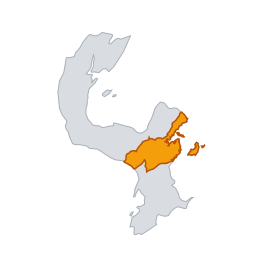 Veraguas on a map of Panama (Equal Earth projection), rotated 236°
{"feature_id": "PAN-1341", "entity_name": "Veraguas", "entity_type": "Province", "adm_level": 1, "iso_a3": "PAN", "parent_name": "Panama", "parent_adm1": "", "projection": "equal_earth", "projection_center": [-81.249, 8.046], "detail": "fine", "context": "in_parent", "style": "filled", "palette": "amber", "viewbox_px": 256, "rotation_deg": 236, "n_neighbors": 0, "source": "natural_earth", "source_scale": "10m", "svg_char_len": 8346}
<svg xmlns="http://www.w3.org/2000/svg" viewBox="0 0 256 256"><g transform="rotate(236 128 128)"><path d="M220.8,116.2L220.2,116.9L218.3,120.5L217.3,123.5L219.8,126.8L220.5,130.2L221.9,134.0L224.0,137.8L226.4,144.8L227.0,147.6L226.3,149.4L224.1,150.5L221.9,153.8L221.4,157.8L221.8,159.8L215.4,166.2L213.8,167.2L212.7,166.2L211.3,163.0L209.7,160.4L208.8,159.5L208.3,159.5L207.8,160.1L207.6,161.5L208.5,167.5L207.8,169.9L205.6,171.8L203.1,181.6L202.2,180.3L194.0,167.2L186.9,150.9L185.4,143.5L187.2,143.1L189.0,143.3L189.9,142.1L191.0,140.0L190.1,135.0L193.5,131.2L194.8,128.7L195.8,129.0L198.0,133.3L201.3,135.8L205.3,139.4L207.8,140.2L204.7,136.4L199.2,131.4L197.7,128.2L196.3,123.6L194.1,125.6L193.2,127.2L192.1,128.2L191.1,127.1L190.9,125.6L187.7,125.3L186.9,124.0L186.1,123.2L186.5,126.1L187.1,127.8L186.8,129.9L185.7,130.1L184.8,127.9L183.7,125.9L182.2,117.6L178.5,113.7L176.9,112.4L175.5,111.9L173.5,109.3L170.8,107.8L167.2,103.7L162.7,100.8L157.3,99.7L150.7,100.4L148.4,102.0L146.9,104.1L146.2,105.0L142.3,107.4L140.9,110.9L139.9,113.8L138.0,117.1L140.2,119.1L127.5,130.3L125.0,132.0L119.2,133.1L117.9,134.3L116.2,136.5L116.0,139.9L116.2,142.8L117.9,145.0L119.4,146.4L122.9,153.1L129.2,161.6L130.4,164.6L131.4,169.2L129.5,171.3L128.0,172.2L122.0,172.6L120.0,174.4L119.1,177.2L116.9,179.5L109.2,181.7L103.1,182.0L101.2,179.4L100.7,172.1L96.6,159.5L95.7,150.9L94.6,152.0L92.5,153.0L91.7,155.1L91.2,161.5L90.4,163.7L88.7,163.5L85.3,161.2L80.7,159.1L74.9,145.6L74.2,143.1L73.1,140.0L68.6,138.8L64.8,136.5L60.6,136.1L58.4,137.4L56.3,135.8L55.9,132.1L51.5,133.8L45.8,133.2L40.8,131.6L37.4,132.4L34.5,135.1L34.9,141.8L34.0,143.1L33.9,140.4L32.9,137.2L31.7,134.6L29.1,131.9L29.0,130.9L30.0,129.5L34.6,125.6L35.2,124.0L35.3,120.5L34.8,117.3L32.8,112.5L34.0,109.5L36.3,107.1L38.8,105.3L39.2,104.5L38.8,102.8L37.3,101.1L34.0,98.1L32.0,97.9L31.9,89.3L32.1,80.1L32.6,79.2L33.8,78.7L34.8,77.3L35.3,74.6L36.8,73.6L39.4,75.7L42.1,77.5L43.2,76.9L44.0,76.0L44.6,75.1L44.8,74.3L47.0,76.7L51.3,81.1L51.6,83.2L51.2,85.2L52.4,91.1L54.7,91.9L57.0,90.8L57.5,91.9L57.1,93.0L55.9,94.2L55.6,99.2L59.4,101.5L61.3,103.6L67.5,102.6L69.8,103.2L71.3,102.6L69.6,98.5L67.3,95.6L67.5,94.2L69.2,95.2L70.6,97.2L73.7,99.8L79.3,108.5L85.8,110.6L90.9,110.4L95.7,109.2L103.3,105.8L108.8,99.6L113.2,96.9L127.4,91.0L132.5,84.9L134.6,84.1L136.6,83.4L141.1,78.7L143.5,75.1L146.0,73.3L153.5,74.6L158.4,76.3L161.8,76.1L165.0,77.3L166.4,79.9L167.9,81.1L175.9,80.8L182.4,82.1L196.7,89.8L205.3,97.5L209.8,105.7L220.8,116.2ZM77.3,176.8L75.5,177.1L71.7,175.1L68.9,171.3L68.7,170.1L68.7,168.8L70.2,165.0L72.3,163.6L73.1,163.6L75.0,168.1L73.7,169.9L74.2,172.6L77.0,174.7L77.3,176.8ZM169.2,133.8L168.5,135.7L166.9,131.4L167.1,130.3L167.0,126.4L168.5,125.4L169.7,125.3L170.6,125.8L171.2,130.4L170.7,132.5L169.2,133.8ZM56.0,83.2L55.6,85.4L53.0,81.5L54.6,80.9L55.1,81.0L56.0,83.2ZM163.5,134.7L162.0,136.7L161.4,134.8L162.4,132.8L162.8,132.8L163.5,134.7Z" fill="#d9dde1" stroke="#a8b0b8" stroke-width="1"/><path d="M90.6,110.1L91.9,109.9L93.4,109.7L94.8,109.4L95.1,109.5L95.4,109.4L95.7,109.2L96.0,108.7L98.7,107.6L101.2,106.1L101.8,105.8L102.5,105.9L102.5,106.2L102.5,106.4L102.5,107.3L102.7,107.7L102.9,108.3L103.2,108.8L103.5,109.1L104.1,109.6L104.7,110.0L105.3,110.3L105.6,110.5L105.9,110.7L106.6,111.8L106.9,112.3L107.0,113.0L106.9,113.6L106.7,114.2L106.6,114.7L106.7,115.6L106.9,116.0L107.0,116.2L107.1,116.5L107.2,116.8L106.7,118.2L106.3,119.5L105.3,121.0L104.3,121.3L103.9,121.7L104.6,122.6L105.3,123.9L106.1,125.7L107.4,130.4L108.2,132.2L108.1,133.7L107.6,135.9L106.7,138.1L106.8,138.8L108.4,140.3L107.7,140.3L107.4,140.2L106.9,140.2L106.6,140.4L105.8,141.6L105.3,142.3L104.0,143.0L102.8,143.6L103.3,145.6L103.3,146.3L102.9,147.2L102.7,147.7L101.7,148.9L101.0,149.9L100.1,150.2L99.9,150.4L99.7,150.8L99.6,156.0L99.8,157.0L100.6,156.8L100.9,156.9L101.1,157.2L101.3,157.6L101.5,158.3L101.7,159.6L101.9,160.3L104.5,165.5L105.6,166.3L106.3,166.5L106.5,166.6L107.3,167.8L107.3,169.1L107.5,171.1L108.0,173.3L108.9,174.9L109.1,175.9L109.2,176.6L109.1,177.1L109.1,177.3L109.6,177.5L109.9,177.8L110.6,178.5L111.0,179.0L111.2,179.6L111.3,181.2L107.6,182.2L104.9,182.3L104.1,182.0L103.9,182.0L103.7,182.3L103.4,182.3L103.2,182.0L102.5,182.7L102.1,182.3L101.6,181.1L101.4,180.9L101.2,180.7L100.9,180.6L100.5,180.5L100.2,180.3L100.2,180.0L100.4,179.7L100.5,179.5L100.7,179.3L100.6,178.4L100.7,178.0L100.8,177.7L101.2,177.3L101.4,177.0L101.5,176.4L101.5,175.6L101.4,174.8L100.5,174.1L100.5,173.3L100.9,171.9L100.7,171.3L99.5,169.5L99.4,169.4L99.1,169.1L98.9,168.7L99.4,168.4L99.4,168.0L99.5,167.6L99.6,167.2L99.6,166.6L99.3,166.0L98.9,165.4L98.5,165.1L98.5,164.8L98.8,164.8L98.8,164.5L97.1,162.3L96.8,162.1L96.5,162.0L96.4,161.8L96.5,161.4L96.6,161.0L96.9,160.7L97.2,160.6L97.6,160.7L97.5,160.3L97.1,159.9L96.7,159.6L96.4,159.5L96.3,159.3L96.9,157.9L96.6,157.9L96.2,157.9L95.7,157.6L95.9,157.5L96.0,157.5L96.0,157.3L95.2,157.1L94.9,156.4L94.9,155.7L95.2,155.4L95.4,155.3L95.5,155.1L95.8,154.9L96.1,154.8L96.5,154.8L96.9,154.7L97.1,154.4L97.1,153.8L96.9,153.8L96.2,154.4L95.9,153.2L96.0,150.4L95.3,152.2L94.8,152.8L94.4,151.9L94.1,151.9L94.2,152.4L94.4,152.8L94.6,153.0L94.8,153.2L94.8,153.5L93.3,153.5L93.0,153.4L92.6,153.0L92.1,152.9L91.3,152.6L91.1,151.9L91.0,151.2L90.4,151.0L90.8,151.2L90.9,151.4L90.9,151.7L90.4,151.9L90.5,152.2L91.1,152.9L91.7,153.3L91.8,153.4L91.8,153.8L91.7,154.1L91.6,154.4L92.2,156.0L91.9,157.2L91.1,158.1L90.4,158.8L90.3,158.5L90.2,158.3L90.3,158.1L90.4,157.9L90.4,157.6L89.9,157.5L89.5,157.6L89.5,157.9L89.8,158.0L90.0,158.3L90.4,159.2L90.0,159.4L89.8,159.4L89.5,159.2L89.7,159.7L90.0,160.1L90.6,159.8L91.1,159.5L91.3,160.0L91.1,162.0L91.2,162.5L91.2,162.8L91.1,163.2L91.0,163.5L90.6,163.9L90.4,164.2L90.2,164.2L89.9,163.9L88.8,163.1L88.5,163.1L88.4,162.5L87.9,162.3L87.1,162.3L84.3,161.3L83.4,161.4L83.3,160.8L83.0,160.4L82.8,160.0L82.5,159.8L81.7,160.1L80.7,160.0L80.0,159.5L79.9,158.8L80.2,158.7L80.8,158.3L81.2,157.8L79.9,157.3L79.5,157.4L79.5,158.2L78.7,157.5L78.3,157.3L78.3,157.0L78.5,156.6L78.3,156.2L78.0,155.8L77.9,155.3L77.9,154.5L78.1,154.0L78.5,153.2L78.5,152.9L78.3,152.7L78.1,152.6L77.8,152.7L77.6,152.9L77.4,152.9L77.1,152.6L77.1,152.3L77.5,151.9L77.4,151.6L77.2,151.4L76.7,151.4L76.8,150.7L76.8,149.9L77.0,149.5L77.6,149.8L77.5,149.4L77.4,149.1L76.9,148.5L77.1,148.2L77.0,147.5L77.1,146.9L76.7,147.2L76.5,147.7L76.6,148.4L76.7,148.7L76.6,148.9L76.3,148.8L76.1,148.6L76.0,148.4L76.0,148.1L75.9,147.6L75.3,146.4L76.0,146.2L76.2,145.8L76.3,145.3L76.4,144.7L77.2,140.2L77.4,139.7L77.5,139.4L78.4,138.3L80.1,135.4L80.3,135.2L80.4,134.8L80.5,133.5L80.4,132.1L80.2,130.7L80.1,129.0L79.9,126.7L80.0,126.0L80.1,125.3L80.9,122.7L81.2,120.9L81.2,119.0L82.1,119.6L83.1,120.0L83.5,120.2L83.7,120.4L83.9,120.8L85.5,121.0L86.4,120.7L86.7,120.8L88.2,122.5L88.8,122.9L90.2,123.4L90.9,123.8L91.3,124.0L91.6,124.0L92.5,123.7L92.0,123.0L91.7,122.3L91.6,121.8L91.4,121.5L91.2,121.1L90.9,120.5L90.7,119.5L90.5,117.8L90.6,115.1L90.3,111.7L90.5,110.5L90.5,110.3L90.6,110.1ZM75.3,173.9L75.7,174.2L76.7,174.1L76.9,174.4L77.8,176.7L77.2,177.1L76.5,177.4L75.8,177.4L74.6,176.5L73.1,176.3L72.5,176.1L72.1,175.7L71.3,174.5L70.6,174.0L69.2,172.4L68.4,170.2L68.2,169.8L68.1,169.6L67.8,168.4L68.0,168.4L68.7,168.4L69.0,168.3L69.0,168.1L69.4,167.1L69.5,167.0L69.6,166.5L69.6,166.1L69.6,165.7L69.8,165.3L70.1,165.1L70.7,164.9L71.7,163.9L72.0,163.7L72.0,163.9L72.3,163.9L72.2,163.5L72.1,163.0L72.0,162.6L72.3,162.6L72.3,162.9L72.5,162.9L72.5,162.7L73.5,165.5L73.5,166.1L73.9,166.7L73.9,166.9L73.8,167.2L73.9,167.3L74.0,167.4L74.3,167.3L74.7,167.6L74.9,167.7L75.0,168.0L75.0,168.7L74.8,168.9L73.8,169.5L73.7,169.8L73.5,171.1L73.4,171.4L73.6,171.9L74.2,172.7L74.3,173.1L74.4,173.6L74.6,174.0L74.8,174.2L75.0,173.9L75.3,173.9ZM92.8,166.4L93.2,166.1L93.8,165.8L94.8,165.5L95.3,165.7L95.7,165.7L96.7,165.7L96.3,166.7L96.0,167.2L95.6,167.3L95.3,167.6L95.0,167.6L94.7,167.5L94.5,167.2L94.3,167.1L94.1,167.0L93.8,167.0L93.4,167.1L93.3,167.4L93.1,167.7L93.0,167.9L92.0,168.6L91.5,169.3L91.3,169.5L91.1,169.5L90.7,169.4L90.4,169.2L89.5,169.6L89.3,169.6L89.6,169.0L89.9,168.6L90.3,168.2L90.7,168.0L91.9,167.8L92.3,167.3L92.5,166.8L92.8,166.4ZM70.4,178.9L70.7,178.8L71.0,178.8L71.3,178.9L71.8,178.9L71.4,179.4L70.9,180.6L70.6,181.1L70.7,181.4L70.9,181.7L70.6,181.7L70.1,179.7L70.1,179.3L70.0,179.0L70.0,178.9L70.1,178.6L70.3,178.6L70.4,178.9Z" fill="#f59e0b" stroke="#b45309" stroke-width="1.5"/></g></svg>